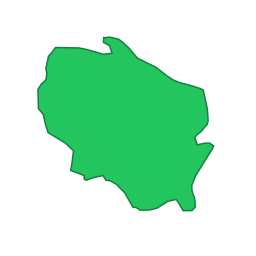 Sirs Al-Layyana City, Al Minufiyah, Egypt (Robinson projection), rotated 166°
{"feature_id": "37247803B52946313788554", "entity_name": "Sirs Al-Layyana City", "entity_type": "district", "adm_level": 2, "iso_a3": "EGY", "parent_name": "Egypt", "parent_adm1": "Al Minufiyah", "projection": "robinson", "projection_center": [30.97, 30.445], "detail": "fine", "context": "isolated", "style": "filled", "palette": "green", "viewbox_px": 256, "rotation_deg": 166, "n_neighbors": 0, "source": "geoboundaries", "source_scale": "gbopen_adm2", "svg_char_len": 1143}
<svg xmlns="http://www.w3.org/2000/svg" viewBox="0 0 256 256"><g transform="rotate(166 128 128)"><path d="M182.9,88.9L181.2,87.5L174.2,88.2L163.7,87.9L162.1,82.5L158.6,81.5L152.7,76.0L150.2,71.5L146.9,66.1L142.3,49.8L139.5,49.0L136.1,45.4L127.5,43.3L119.6,43.1L111.7,45.6L107.3,47.2L98.5,47.0L96.9,42.5L94.5,34.4L85.9,32.4L81.7,35.1L80.3,43.8L81.0,49.1L80.9,52.7L79.9,57.1L73.5,65.8L67.2,71.9L61.9,77.0L56.5,82.2L52.9,85.7L51.1,87.4L49.2,90.0L52.6,93.7L57.8,94.7L64.8,94.9L65.5,102.9L62.8,104.6L57.5,107.1L53.0,110.6L50.3,112.3L48.5,115.7L47.5,121.1L46.4,127.3L45.8,146.8L50.9,150.5L58.7,155.1L67.3,159.8L72.4,163.5L77.5,169.0L85.9,179.9L93.5,186.3L102.0,193.6L107.8,205.4L112.0,211.7L115.3,216.2L117.1,217.2L120.5,219.0L124.8,220.9L127.4,221.0L129.6,221.6L130.1,220.5L131.1,217.0L126.0,212.4L125.4,204.4L134.0,205.5L150.3,214.8L156.4,217.6L178.9,223.6L184.2,219.3L187.8,216.8L193.4,205.4L193.5,200.9L195.4,195.7L197.2,193.9L201.7,191.4L206.1,187.1L210.2,168.6L206.9,161.4L207.1,154.8L207.2,151.6L206.6,142.8L192.2,128.2L186.4,119.1L191.1,106.8L193.9,100.7L181.9,92.4L182.9,88.9Z" fill="#22c55e" stroke="#15803d" stroke-width="1.5"/></g></svg>